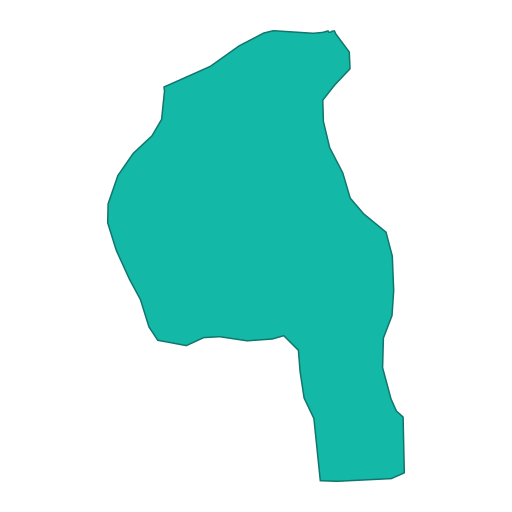 map outline of Al Marj (Natural Earth projection)
{"feature_id": "LBY-2981", "entity_name": "Al Marj", "entity_type": "Municipality", "adm_level": 1, "iso_a3": "LBY", "parent_name": "Libya", "parent_adm1": "", "projection": "natural_earth1", "projection_center": [21.128, 31.907], "detail": "fine", "context": "isolated", "style": "filled", "palette": "teal", "viewbox_px": 512, "rotation_deg": 0, "n_neighbors": 0, "source": "natural_earth", "source_scale": "10m", "svg_char_len": 832}
<svg xmlns="http://www.w3.org/2000/svg" viewBox="0 0 512 512"><path d="M164.0,87.0L210.4,66.3L239.2,45.8L263.8,33.0L273.4,30.7L313.3,33.3L322.8,32.4L328.0,30.9L328.5,32.1L330.3,32.3L332.1,31.2L334.1,31.0L334.4,30.9L335.9,34.1L349.3,52.1L350.0,68.8L334.7,85.0L322.8,100.1L323.4,121.5L329.7,147.7L342.8,173.0L350.2,198.1L363.6,213.8L386.0,232.2L392.3,256.1L393.7,290.6L392.0,315.6L383.4,338.0L382.6,367.7L391.0,398.9L396.4,411.0L403.1,417.1L404.3,472.8L391.3,478.6L336.9,481.3L320.3,480.7L313.9,418.5L304.1,398.0L300.1,371.7L298.4,350.3L283.8,335.7L272.3,339.0L247.1,340.8L219.7,336.7L203.7,337.6L186.3,345.6L157.8,340.3L149.0,327.0L140.4,299.5L129.4,279.1L116.3,250.4L107.7,222.9L108.1,203.9L117.9,175.5L133.3,153.3L152.0,135.8L161.6,119.4L164.5,91.0L164.5,90.8L164.0,87.0Z" fill="#14b8a6" stroke="#0f766e" stroke-width="1.5"/></svg>